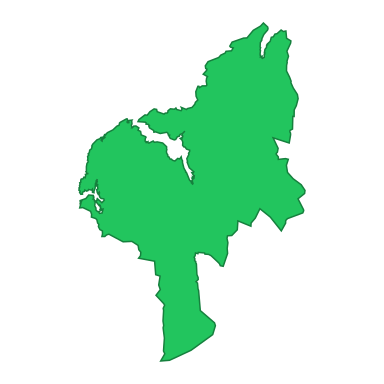 Vefsn nor, Nordland, Norway
{"feature_id": "86288312B80996435697818", "entity_name": "Vefsn nor", "entity_type": "district", "adm_level": 2, "iso_a3": "NOR", "parent_name": "Norway", "parent_adm1": "Nordland", "projection": "albers", "projection_center": [13.105, 65.821], "detail": "fine", "context": "isolated", "style": "filled", "palette": "green", "viewbox_px": 384, "rotation_deg": 0, "n_neighbors": 0, "source": "geoboundaries", "source_scale": "gbopen_adm2", "svg_char_len": 5917}
<svg xmlns="http://www.w3.org/2000/svg" viewBox="0 0 384 384"><path d="M267.7,27.0L263.4,23.0L260.5,26.1L253.3,30.3L247.0,37.9L243.5,38.1L232.1,42.1L229.8,46.1L230.5,47.1L233.2,47.9L231.5,50.8L226.0,51.3L225.1,53.1L220.8,55.1L218.7,57.5L208.1,61.6L205.3,65.8L205.7,68.5L206.9,69.1L206.6,70.4L203.2,74.2L207.5,76.6L206.6,78.1L206.2,81.2L206.9,85.0L206.0,85.9L202.2,85.9L199.6,87.6L198.9,86.3L197.9,86.3L195.8,91.7L196.1,96.3L197.8,100.0L195.4,102.3L194.8,104.2L192.1,107.4L187.3,108.6L186.5,109.5L181.3,107.4L182.1,109.1L181.1,110.7L176.7,109.5L175.9,108.0L174.5,109.2L170.4,108.8L168.0,110.7L167.8,112.4L167.2,113.0L165.2,113.1L164.1,114.1L157.2,111.7L156.6,109.4L154.1,108.9L149.9,111.7L147.2,115.2L145.0,114.9L139.0,119.5L138.0,121.6L145.4,122.2L146.2,122.9L146.0,124.1L148.5,124.4L149.4,125.7L148.8,126.0L149.5,127.9L153.7,130.5L153.9,132.2L155.7,131.9L160.2,133.5L166.8,132.3L167.9,133.3L168.4,135.1L169.6,135.2L169.1,136.3L170.3,138.4L174.3,139.9L175.7,139.5L177.4,136.7L179.3,136.2L180.0,134.5L182.5,133.5L184.9,131.1L182.1,134.0L182.4,135.1L182.0,135.6L182.8,136.1L182.5,137.1L182.4,136.8L182.4,137.5L180.2,138.4L182.1,140.2L182.8,142.3L182.6,145.3L183.8,146.9L185.0,147.0L186.5,149.1L189.7,150.2L189.6,151.6L188.5,153.3L188.9,154.3L186.8,158.7L187.4,161.0L187.5,162.2L187.2,162.3L189.3,167.8L193.7,171.7L193.3,171.8L193.3,172.7L191.8,172.6L193.8,175.9L193.8,176.3L193.6,176.3L193.5,176.9L194.2,176.3L194.0,177.9L193.4,177.5L193.8,178.3L192.8,177.5L193.1,178.6L192.0,178.3L192.5,179.5L192.3,181.0L193.0,183.6L192.6,184.1L191.3,182.8L191.5,180.3L191.0,181.5L189.6,180.3L186.6,172.8L185.7,172.2L185.9,171.7L183.9,168.1L182.5,162.6L182.5,160.7L181.7,159.3L181.2,156.8L179.7,158.9L177.7,158.4L174.9,161.0L172.5,160.3L171.5,159.1L170.2,159.2L168.9,156.9L167.9,156.6L167.7,154.7L166.7,153.3L166.4,151.2L166.9,149.6L166.6,149.1L166.6,146.7L162.7,143.0L157.2,141.9L154.3,142.3L153.2,141.0L148.9,143.1L148.0,142.7L148.0,141.6L145.6,142.9L146.6,141.8L145.0,141.0L145.4,138.3L146.0,137.4L145.7,136.7L141.2,134.9L140.6,131.4L138.0,130.2L138.9,127.9L136.0,126.0L133.8,126.1L132.3,127.8L131.8,127.8L132.1,127.3L131.4,125.8L131.5,124.7L132.0,124.0L131.7,120.6L132.0,120.1L128.7,120.5L128.5,120.9L128.9,122.6L128.0,122.8L127.2,122.5L127.1,121.7L127.7,120.7L127.2,118.9L126.4,118.9L120.4,122.2L119.5,123.0L119.2,125.1L116.8,126.2L112.9,129.9L107.3,132.7L105.2,135.4L104.8,135.6L104.9,134.5L104.6,134.6L103.9,136.2L104.7,135.7L104.5,137.0L104.9,137.5L102.3,139.5L102.1,141.1L101.2,140.5L102.0,138.4L103.5,137.0L100.7,137.5L100.0,138.7L97.0,139.8L92.7,144.2L91.8,146.0L92.1,146.3L91.5,148.8L89.7,150.1L89.3,152.6L88.1,153.9L88.8,155.0L87.6,156.4L87.9,158.9L87.5,160.2L88.0,160.5L88.1,162.0L87.0,163.4L86.4,166.6L86.4,171.5L86.0,171.6L86.7,173.2L88.4,173.5L85.4,174.4L85.7,175.3L85.2,177.7L84.0,177.1L82.9,178.9L81.3,179.0L80.8,179.9L80.7,182.4L79.7,182.8L80.1,184.2L79.5,185.4L79.7,186.6L79.5,187.8L79.1,187.8L79.0,190.4L79.8,190.7L80.1,191.6L79.6,192.4L80.8,194.3L82.5,194.2L82.4,193.0L83.0,191.9L84.4,191.4L84.8,190.0L86.6,191.1L88.0,190.6L88.5,189.5L91.6,190.1L92.4,189.2L92.5,192.4L94.0,192.7L93.9,191.5L95.1,188.1L95.5,183.3L96.2,182.2L96.1,180.9L97.3,179.2L97.0,181.0L97.3,181.6L96.8,182.3L96.5,185.6L97.3,185.3L97.7,184.0L97.7,184.9L97.0,186.2L97.5,186.4L97.9,188.8L96.7,189.6L97.3,192.6L98.0,193.9L98.3,193.2L98.9,193.9L98.6,192.8L99.3,192.0L99.5,193.0L99.0,194.2L99.7,197.0L101.1,198.5L103.7,198.8L104.3,200.2L101.9,202.7L97.3,198.6L97.0,199.2L97.4,200.1L96.2,200.7L96.6,202.0L96.2,202.0L99.0,205.4L99.3,204.8L100.2,205.4L100.2,206.9L100.7,207.1L100.4,208.6L101.2,208.8L100.0,209.5L100.3,209.9L100.0,211.0L103.0,209.3L102.1,213.0L99.5,213.4L99.0,212.6L99.2,211.6L97.5,211.5L96.0,210.1L95.9,207.9L94.7,205.8L95.2,201.6L94.4,200.9L94.6,200.6L93.8,198.8L93.2,198.9L93.6,198.1L93.4,196.9L93.8,196.9L93.3,195.4L88.7,195.0L85.9,198.5L80.1,200.6L80.2,201.6L81.7,200.9L80.3,203.4L80.9,203.3L79.7,207.9L82.9,207.6L90.6,211.3L91.6,214.3L91.4,217.1L95.6,218.5L96.9,219.8L97.6,223.0L98.8,224.3L98.4,226.6L99.9,229.6L102.4,230.9L102.5,234.0L101.9,236.5L104.8,236.5L106.6,234.9L108.9,234.2L123.1,241.8L131.9,241.4L138.1,245.4L138.8,249.7L140.8,252.2L140.5,255.7L138.6,258.2L154.6,261.2L155.7,274.7L160.1,276.1L158.7,285.0L160.3,289.6L156.0,295.3L163.7,303.6L164.6,305.2L163.2,308.3L163.6,310.6L163.0,321.0L163.7,325.5L163.1,327.8L164.4,338.1L163.5,351.0L164.8,353.8L160.7,361.0L169.5,360.3L191.0,350.3L212.7,334.6L215.4,325.7L214.5,322.8L200.3,310.6L198.6,290.5L198.0,288.8L197.5,283.1L196.0,281.7L198.2,279.5L198.1,277.5L196.9,274.5L196.4,263.9L195.8,262.9L195.7,261.4L194.6,260.7L194.9,258.8L194.1,257.2L195.1,255.8L195.5,253.0L197.9,253.7L198.3,252.4L204.6,253.0L204.9,254.1L208.6,254.4L211.1,255.7L217.4,261.6L219.4,263.6L220.3,265.7L223.2,266.3L227.6,253.4L227.2,248.4L227.9,242.8L227.0,238.4L227.5,235.8L231.8,235.5L237.3,229.8L237.9,220.9L250.9,226.2L251.1,223.0L255.3,218.1L259.9,208.7L270.3,217.1L281.3,230.9L285.6,223.2L285.7,220.5L287.5,218.6L302.8,212.9L303.7,210.7L303.5,209.6L298.0,198.8L304.6,193.5L305.0,190.4L301.2,184.7L293.1,178.7L287.5,172.4L286.4,165.3L288.3,159.3L285.5,158.6L278.3,159.4L278.3,156.9L276.3,154.4L276.2,153.5L277.4,152.2L278.1,148.3L273.1,137.8L289.2,143.0L290.6,134.8L290.5,133.0L289.8,131.8L290.0,130.4L292.5,129.1L292.8,116.4L294.1,116.5L294.2,109.9L296.3,105.7L298.1,98.7L297.4,94.5L293.2,87.9L290.9,82.7L291.1,81.2L289.5,77.0L286.5,71.0L286.6,65.3L287.2,62.6L287.0,61.2L288.5,56.2L286.9,51.2L290.6,43.2L290.9,40.9L286.6,38.3L285.9,31.0L283.2,31.5L281.1,30.0L277.0,33.7L274.9,34.1L273.4,36.8L271.3,37.3L270.2,41.4L267.2,44.1L266.9,44.7L267.3,44.9L266.6,45.3L266.5,47.4L265.0,49.3L264.4,52.5L264.8,52.6L264.7,54.1L264.2,54.2L264.3,57.3L262.3,58.4L261.8,57.8L262.1,56.3L260.4,57.0L260.6,55.3L260.1,55.1L260.1,53.7L260.5,50.4L260.0,49.9L260.6,47.5L260.1,47.1L260.3,42.6L261.9,40.0L261.8,38.9L263.8,34.5L267.6,30.0L268.0,28.7L267.7,27.0Z" fill="#22c55e" stroke="#15803d" stroke-width="1.5"/></svg>